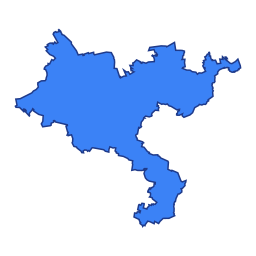 Ashbourne Lea-6, Meath, Ireland
{"feature_id": "5873133B77849268115801", "entity_name": "Ashbourne Lea-6", "entity_type": "district", "adm_level": 2, "iso_a3": "IRL", "parent_name": "Ireland", "parent_adm1": "Meath", "projection": "albers", "projection_center": [-6.417, 53.558], "detail": "fine", "context": "isolated", "style": "filled", "palette": "blue", "viewbox_px": 256, "rotation_deg": 0, "n_neighbors": 0, "source": "geoboundaries", "source_scale": "gbopen_adm2", "svg_char_len": 5777}
<svg xmlns="http://www.w3.org/2000/svg" viewBox="0 0 256 256"><path d="M142.7,226.4L143.6,225.3L145.0,225.7L145.2,224.7L147.7,221.2L150.0,221.7L154.1,223.7L154.7,221.4L158.6,223.5L160.0,221.4L163.1,218.4L169.0,218.3L174.7,215.7L174.0,214.7L174.3,213.9L173.5,212.8L174.0,211.8L174.1,208.5L173.7,206.4L174.2,204.4L173.8,204.2L174.7,201.6L175.4,201.6L176.0,198.5L178.1,194.0L179.4,193.9L181.8,192.0L181.8,190.2L181.1,188.7L182.4,188.4L185.0,185.6L184.8,183.8L185.7,182.3L186.0,180.5L182.3,181.9L181.0,181.1L177.8,172.8L172.1,170.4L171.6,170.4L171.5,171.0L167.9,169.3L168.4,162.3L167.9,161.2L160.8,158.0L159.4,156.3L157.9,155.7L157.8,154.8L153.2,155.0L149.0,153.4L149.4,152.4L147.5,151.6L144.1,147.3L141.6,146.6L142.5,144.0L142.0,143.6L143.6,142.8L142.6,141.8L137.2,140.0L137.1,138.1L136.5,137.8L135.7,135.3L136.3,134.4L137.5,134.0L138.6,128.0L139.1,128.1L139.0,127.4L140.6,127.6L141.5,126.5L140.8,125.5L141.3,122.1L143.4,119.5L143.7,117.9L144.5,118.0L144.2,117.7L144.8,116.8L145.7,116.1L149.2,116.9L151.6,116.1L152.0,115.7L151.6,114.7L152.0,113.2L155.2,110.2L158.5,110.5L158.3,109.1L159.0,107.5L158.1,106.5L158.3,105.8L157.3,106.0L157.6,105.4L157.1,105.1L157.7,102.2L161.8,104.3L163.0,103.9L165.8,104.5L167.2,103.9L169.1,105.9L171.0,106.3L176.8,109.8L179.5,109.3L179.3,110.7L177.9,111.2L177.3,113.5L176.7,113.7L176.6,114.9L177.0,115.2L179.5,115.2L182.4,113.9L182.0,114.8L182.4,116.0L183.9,117.3L190.0,114.9L192.6,112.7L194.7,107.6L198.7,105.4L199.3,104.4L201.9,105.0L203.7,104.2L205.4,104.4L206.4,103.5L206.8,102.0L208.5,100.9L208.0,100.6L208.1,99.8L213.0,96.3L212.6,92.0L213.3,90.8L212.6,89.8L212.5,88.9L212.9,88.4L212.6,88.0L212.9,87.7L211.9,85.3L212.3,84.4L212.0,83.9L212.7,82.9L214.4,82.5L215.0,81.2L214.7,80.3L215.0,77.3L214.6,76.0L217.7,73.8L217.7,71.9L219.4,69.8L224.1,67.7L224.1,68.2L227.2,67.4L228.7,67.7L228.4,68.8L229.0,69.1L228.7,69.9L229.4,70.0L229.8,71.2L232.0,72.2L234.7,72.1L235.0,71.8L234.5,71.4L237.7,70.6L238.2,69.6L239.0,69.5L238.8,68.8L240.6,67.9L240.3,65.7L237.9,59.1L235.4,61.6L231.9,63.6L230.2,63.3L226.6,60.2L226.5,58.8L227.3,58.7L226.4,57.2L225.3,57.0L225.8,59.7L222.5,56.7L222.4,58.8L222.8,59.4L219.8,59.1L220.7,63.3L217.1,63.8L215.5,60.2L212.4,60.5L212.4,59.7L211.5,59.7L210.8,58.2L210.5,56.0L209.4,56.0L209.7,53.9L209.4,52.4L208.8,52.5L209.2,54.0L207.4,54.1L206.0,56.3L204.8,56.9L205.9,59.7L203.5,60.6L204.2,62.0L202.9,62.6L203.9,64.0L202.8,65.9L203.9,68.0L204.8,67.6L205.1,68.1L204.3,68.7L205.6,71.3L201.7,73.1L199.0,72.9L197.4,74.2L195.9,72.2L192.2,71.7L190.1,70.2L186.7,70.1L182.3,68.3L182.7,67.6L185.2,66.7L184.5,62.7L184.9,59.3L182.0,59.5L182.6,58.5L182.7,56.1L183.6,55.4L183.9,53.1L184.4,52.7L184.4,51.1L182.0,50.4L175.7,50.3L174.5,42.4L166.7,46.8L166.1,46.1L161.1,45.9L149.8,47.4L148.6,50.6L154.0,49.6L155.2,52.8L156.0,52.6L157.3,54.5L157.0,54.7L157.2,55.7L156.0,56.2L155.6,54.9L153.6,55.9L152.6,55.1L152.0,55.8L153.6,56.9L154.4,59.4L154.3,61.6L148.4,62.0L146.0,63.2L142.7,62.2L141.8,63.3L140.5,62.7L140.3,62.3L140.7,62.0L139.9,61.5L136.6,59.9L133.9,62.6L132.8,63.0L133.1,65.5L129.9,65.4L130.8,67.4L132.4,68.6L130.8,68.7L131.1,70.7L132.6,70.8L133.0,71.6L133.9,71.9L129.9,74.3L128.4,71.8L126.4,72.0L123.8,70.1L126.3,75.9L123.7,76.2L120.4,77.9L120.1,77.5L120.8,77.1L120.4,76.5L119.6,76.8L116.9,68.6L114.2,68.3L114.6,62.2L114.4,59.6L113.7,58.4L113.8,57.3L111.3,52.6L106.4,52.1L94.5,54.8L93.8,53.9L93.6,52.3L88.7,53.6L88.3,52.7L83.7,54.3L84.0,55.3L83.0,55.5L82.5,54.1L78.2,54.9L76.4,50.7L71.4,43.9L71.3,42.1L64.1,35.3L61.9,34.5L61.8,33.6L60.3,31.4L60.6,31.2L58.9,29.6L58.5,30.0L59.3,31.5L56.4,32.4L55.8,31.6L54.6,32.1L53.9,32.5L54.1,32.8L53.1,34.1L57.9,42.6L56.1,43.5L54.8,42.0L53.4,44.0L52.7,43.1L52.2,43.6L51.2,43.0L49.5,43.3L47.3,44.6L48.0,45.8L45.3,47.0L47.7,49.4L46.2,50.7L49.8,54.5L53.5,56.2L55.4,58.2L53.3,60.5L51.8,59.6L49.6,64.0L48.1,63.5L48.0,65.2L45.7,66.1L44.3,68.2L44.3,69.3L45.6,69.5L46.9,72.5L47.1,75.2L46.1,78.3L46.1,79.4L45.1,80.7L41.3,80.9L37.9,82.8L38.1,83.2L37.7,83.9L38.3,87.1L36.2,89.5L33.4,91.0L31.8,92.9L20.2,98.7L15.8,99.1L17.0,105.2L15.4,106.2L16.0,107.3L19.6,107.5L23.9,111.8L24.6,111.0L22.9,109.9L23.8,109.0L25.4,109.6L26.2,110.9L25.1,111.4L29.3,116.0L29.6,115.6L29.3,114.1L29.5,113.1L32.1,110.1L32.7,108.7L33.8,109.6L33.5,110.9L34.5,111.6L38.7,114.4L43.2,115.6L42.8,121.4L41.3,123.9L42.7,126.8L50.3,125.7L51.1,125.2L51.2,123.2L53.4,122.3L53.8,121.2L53.6,120.7L54.1,120.5L54.9,120.8L55.2,121.9L67.3,124.8L67.4,125.6L66.0,126.2L67.6,132.0L68.2,132.3L67.1,135.1L68.6,135.1L68.5,135.6L71.5,134.8L72.8,138.6L72.6,141.8L72.1,142.8L73.9,146.4L76.5,147.0L77.1,148.1L81.1,151.2L81.7,152.6L83.6,152.8L83.1,151.0L84.6,150.0L86.8,150.2L87.7,151.3L88.8,150.5L89.6,151.2L91.9,148.0L92.6,147.7L103.7,149.7L105.3,151.2L108.8,152.1L108.9,149.6L109.9,146.8L113.0,148.0L114.5,147.7L115.8,148.0L115.1,151.0L116.4,151.9L116.1,152.7L116.6,153.1L118.5,153.6L118.5,155.5L123.4,156.4L127.8,158.5L128.9,159.9L132.7,160.8L132.3,163.3L132.7,164.4L131.8,170.3L135.1,169.6L137.4,170.4L141.9,170.5L143.5,170.1L143.9,169.0L144.4,168.6L146.8,168.6L146.6,169.4L145.2,170.4L143.9,169.4L143.7,169.8L144.7,170.9L144.0,173.6L145.4,177.9L147.0,179.8L149.3,181.1L155.3,182.4L155.2,183.9L154.2,183.5L153.9,186.1L152.4,187.5L151.2,187.6L151.0,188.5L148.8,187.8L150.5,188.7L150.1,189.4L149.0,189.1L148.4,190.0L148.4,191.3L147.8,191.3L147.9,192.2L150.2,192.8L150.6,193.6L150.4,196.0L149.5,197.0L152.1,197.6L152.5,199.0L156.8,202.3L155.2,204.3L153.2,203.9L153.1,204.8L151.6,204.2L151.3,205.4L149.0,204.8L149.3,205.7L147.2,207.9L146.9,209.0L143.3,207.9L144.1,204.7L144.1,203.6L141.9,203.3L140.8,205.2L139.2,204.5L138.7,205.0L137.7,209.7L140.5,210.9L139.9,212.7L138.8,211.8L137.3,211.9L136.7,213.2L134.6,213.0L134.0,217.0L139.2,219.5L139.3,220.6L140.6,222.6L139.9,223.0L140.2,223.7L142.4,225.4L142.7,226.4Z" fill="#3b82f6" stroke="#1e3a8a" stroke-width="1.5"/></svg>